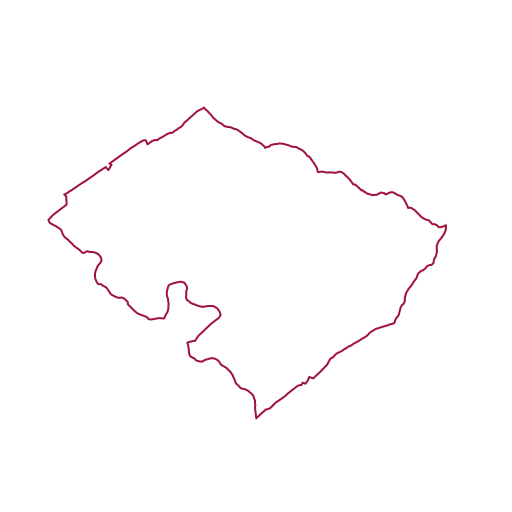 Urdari, Gorj, Romania (orthographic projection), rotated 165°
{"feature_id": "2599482B90293450056050", "entity_name": "Urdari", "entity_type": "district", "adm_level": 2, "iso_a3": "ROU", "parent_name": "Romania", "parent_adm1": "Gorj", "projection": "orthographic", "projection_center": [23.282, 44.799], "detail": "fine", "context": "isolated", "style": "outline", "palette": "rose", "viewbox_px": 512, "rotation_deg": 165, "n_neighbors": 0, "source": "geoboundaries", "source_scale": "gbopen_adm2", "svg_char_len": 6095}
<svg xmlns="http://www.w3.org/2000/svg" viewBox="0 0 512 512"><g transform="rotate(165 256 256)"><path d="M425.1,364.9L423.9,362.8L424.2,361.7L424.9,357.6L425.3,355.9L425.5,355.2L426.0,354.5L433.7,351.4L440.8,348.4L443.1,347.2L447.1,344.5L447.2,344.3L447.1,343.6L446.8,342.1L446.5,341.5L445.9,340.6L441.4,336.4L438.8,333.5L437.8,332.2L437.4,331.3L437.0,326.9L436.5,325.2L436.1,324.2L434.9,322.3L433.3,320.3L431.9,317.7L430.9,316.3L429.0,312.6L425.2,308.0L422.9,304.1L422.4,303.7L421.3,303.5L419.0,304.2L417.6,304.2L416.5,303.6L415.8,302.8L413.5,302.4L410.7,301.1L408.8,299.6L407.9,298.7L407.6,298.3L406.8,296.3L406.2,294.8L406.2,293.6L406.2,292.8L406.5,291.3L408.1,289.8L411.6,287.2L413.5,284.6L414.4,283.7L416.0,280.9L416.4,279.5L417.0,276.9L417.0,274.6L416.6,272.4L415.8,269.8L415.2,269.5L413.1,268.9L412.6,268.5L412.4,268.0L411.7,267.1L409.0,264.6L408.3,263.4L406.2,257.0L405.3,255.8L402.0,252.7L400.6,251.9L399.7,251.3L398.6,250.9L396.7,250.8L394.3,249.0L391.7,244.6L392.3,242.6L392.2,242.4L388.1,235.3L386.0,232.1L384.8,230.8L383.6,229.9L378.1,225.9L376.5,224.1L376.3,223.1L376.1,222.8L374.6,222.1L373.4,221.8L365.7,221.1L361.3,219.5L360.8,219.7L358.5,222.5L356.2,224.6L354.5,227.4L353.1,231.6L352.6,233.5L352.1,238.3L352.4,240.4L351.8,243.0L351.4,244.5L348.6,249.5L348.1,250.0L347.5,250.4L346.7,250.7L342.4,251.1L336.0,250.8L334.2,250.1L332.5,249.0L331.8,248.1L331.2,246.0L330.9,245.4L330.8,243.4L331.0,242.3L331.2,241.8L332.0,240.9L333.1,238.5L333.1,238.1L333.1,237.0L333.8,235.7L334.3,234.0L334.3,233.3L334.1,231.4L333.0,230.3L331.3,227.7L329.8,226.4L327.5,224.9L325.1,223.0L321.1,220.8L319.8,220.5L315.5,220.2L310.9,218.9L309.8,218.4L307.3,215.8L306.8,215.0L305.6,211.7L305.4,209.0L305.4,208.5L306.2,207.3L308.1,205.8L308.7,205.4L310.4,204.9L317.8,201.7L329.9,195.1L331.8,194.1L333.7,192.7L336.8,189.8L337.6,190.0L340.1,190.2L343.3,190.2L344.7,190.0L344.7,187.9L344.9,184.2L345.7,180.0L345.8,178.4L345.4,176.2L344.9,175.6L343.4,174.1L342.4,173.5L340.9,170.7L338.5,169.1L336.2,168.2L335.0,168.0L333.7,168.3L332.7,168.8L325.4,168.9L323.8,168.3L322.6,167.6L321.2,166.5L320.3,165.6L319.7,164.8L318.9,163.1L318.0,160.2L313.7,155.7L313.0,154.8L312.3,153.2L310.9,151.3L309.5,147.3L308.8,142.3L308.5,141.1L308.6,139.4L308.2,137.9L306.6,135.6L305.1,132.5L304.8,132.2L304.5,131.9L301.3,130.2L299.5,128.8L298.6,128.0L295.4,123.2L294.8,121.7L294.4,116.1L294.7,115.3L295.2,113.4L295.2,112.3L295.3,111.9L296.2,109.8L297.3,102.3L297.7,100.0L297.6,99.3L290.4,103.1L288.3,104.0L287.0,104.9L286.0,105.2L284.7,105.0L281.5,105.4L274.9,109.3L267.9,111.7L263.0,113.7L262.1,114.4L260.9,114.9L251.1,119.1L249.3,119.8L246.4,119.9L245.6,119.6L243.7,121.5L241.3,119.9L238.3,122.2L235.9,125.3L232.3,123.0L226.1,126.4L223.9,127.5L219.3,130.3L215.2,132.7L214.4,133.8L212.7,135.4L211.7,136.6L210.7,137.5L210.1,137.8L208.1,138.1L205.2,140.0L203.1,141.0L198.2,141.9L194.9,143.1L192.9,143.5L190.3,144.6L187.6,144.8L184.3,146.1L179.7,147.1L175.6,148.4L171.3,149.6L169.3,150.3L166.3,152.2L163.8,153.2L161.5,153.8L159.2,154.6L155.6,154.6L152.8,154.9L147.1,154.9L146.5,154.9L145.0,155.4L143.1,155.1L140.3,155.4L139.7,155.6L139.2,156.1L138.6,157.4L137.7,158.5L136.3,159.9L134.6,161.0L133.5,162.0L131.2,166.0L129.8,168.7L127.7,170.8L126.2,171.4L125.7,171.7L123.9,174.0L123.7,174.5L123.1,176.9L122.2,178.7L120.6,181.4L117.1,184.8L114.3,186.7L109.1,191.3L107.6,192.3L106.5,193.5L104.7,196.1L103.8,197.1L100.6,198.8L98.5,199.0L96.7,199.6L95.4,200.3L94.0,201.5L92.9,202.0L91.2,202.3L90.3,202.3L89.0,201.9L86.6,203.1L86.2,204.1L85.4,205.3L84.9,206.7L82.7,208.9L82.0,209.7L81.4,210.9L79.9,214.0L79.0,218.6L78.7,219.2L77.8,220.2L77.2,221.5L75.4,223.3L73.0,224.9L69.4,227.9L68.2,229.2L66.9,230.8L65.9,232.4L65.4,233.3L64.9,235.4L64.8,236.6L67.1,236.1L70.4,236.0L71.0,236.1L71.9,236.6L72.4,237.0L73.1,238.7L74.0,239.4L75.0,240.4L77.3,241.1L78.4,242.9L79.5,245.3L79.8,245.6L83.0,247.6L84.1,248.6L85.6,250.2L86.7,251.8L88.1,254.5L89.1,255.9L90.1,258.1L91.9,260.4L93.1,261.8L94.1,262.5L95.2,262.9L96.5,263.0L96.7,263.6L96.9,265.6L97.9,270.5L99.1,274.3L99.8,275.5L100.6,276.4L101.9,277.2L103.7,278.6L107.1,282.0L108.3,282.5L110.1,282.6L111.2,282.6L113.3,282.0L114.5,281.9L115.2,282.4L115.6,283.3L115.9,283.5L116.8,283.8L117.9,284.6L118.4,284.8L119.8,284.9L121.4,284.3L124.0,283.9L124.4,284.1L128.2,284.8L128.5,285.0L130.5,286.5L132.2,287.3L133.4,288.6L133.9,289.4L134.9,290.0L135.1,290.6L135.9,291.8L136.7,292.2L137.0,292.0L141.4,298.9L142.2,299.6L143.2,299.8L143.6,300.2L143.8,301.1L144.4,302.3L145.8,306.0L148.0,309.8L148.6,310.3L149.2,311.9L149.8,312.7L151.7,314.9L152.7,315.5L153.6,315.9L157.3,315.7L162.0,317.4L166.4,318.4L167.9,319.3L170.6,320.5L173.6,320.7L174.3,321.0L174.5,321.5L174.5,322.1L174.4,324.8L174.5,325.7L175.7,329.9L177.8,335.5L178.4,337.3L178.9,338.1L180.5,339.5L181.9,343.1L183.2,345.2L184.7,347.0L186.6,348.4L188.3,350.3L189.7,351.2L192.7,352.1L195.4,354.2L200.8,357.4L204.4,358.7L206.7,358.8L209.6,359.3L212.4,359.4L213.3,359.2L214.8,358.3L217.8,358.4L219.1,358.1L219.2,359.0L219.3,359.3L220.6,361.0L221.4,362.6L223.7,365.0L228.1,368.3L229.7,370.3L230.8,371.4L232.8,372.7L235.3,374.9L238.5,379.4L241.3,382.7L242.7,383.7L245.0,385.0L245.7,385.8L247.3,387.0L249.7,387.9L252.6,389.4L253.7,390.8L254.3,391.9L255.8,393.4L257.7,395.0L260.6,399.2L261.2,400.3L261.5,400.4L262.4,402.8L264.4,406.8L264.7,407.2L265.4,408.7L267.0,410.8L267.7,412.6L267.9,412.7L271.0,411.9L274.8,411.2L276.6,410.5L277.1,410.1L280.3,408.4L284.4,406.5L286.8,405.1L290.3,403.6L291.3,402.9L292.0,402.1L292.6,401.6L295.3,400.0L297.6,399.5L299.5,398.6L302.7,397.7L303.8,397.0L305.1,396.7L305.7,396.7L306.2,396.9L306.5,397.2L310.2,396.8L315.6,395.2L319.3,394.4L319.8,394.3L321.0,393.5L321.6,393.5L324.2,394.2L326.3,393.9L326.7,394.0L331.4,392.1L331.8,392.1L332.0,392.3L332.4,396.0L333.0,396.5L334.3,396.8L335.7,396.7L340.1,395.5L342.3,394.7L349.4,392.4L353.7,390.5L359.3,388.6L370.7,384.3L373.4,383.1L372.1,381.5L374.9,378.5L376.4,377.4L378.1,380.8L386.0,378.3L393.4,375.4L398.9,373.5L400.3,372.9L403.5,371.9L404.3,371.8L418.0,367.0L419.1,366.7L420.0,366.7L420.2,366.3L420.5,366.1L425.1,364.9Z" fill="none" stroke="#9f1239" stroke-width="2"/></g></svg>